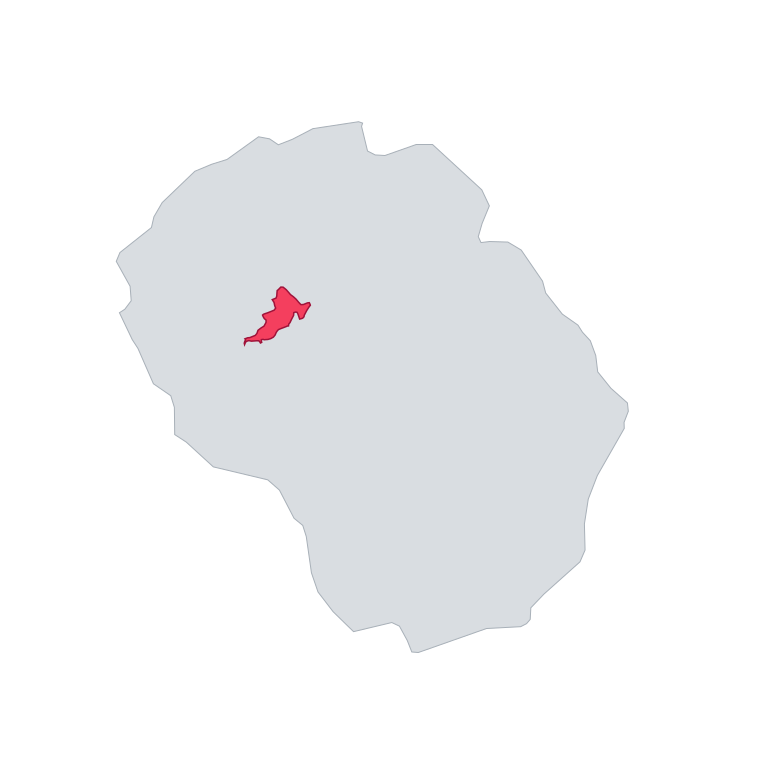 location of Kruševo within North Macedonia, rotated 68°
{"feature_id": "MKD-2942", "entity_name": "Kruševo", "entity_type": "Statistical Region", "adm_level": 1, "iso_a3": "MKD", "parent_name": "North Macedonia", "parent_adm1": "", "projection": "orthographic", "projection_center": [21.26, 41.341], "detail": "fine", "context": "in_parent", "style": "filled", "palette": "rose", "viewbox_px": 768, "rotation_deg": 68, "n_neighbors": 0, "source": "natural_earth", "source_scale": "10m", "svg_char_len": 2320}
<svg xmlns="http://www.w3.org/2000/svg" viewBox="0 0 768 768"><g transform="rotate(68 384 384)"><path d="M348.2,198.5L360.2,200.0L386.0,192.5L402.1,182.1L410.3,180.6L421.2,176.5L436.9,177.0L452.8,181.3L473.0,175.2L492.8,165.4L500.8,167.7L509.5,175.8L515.2,177.9L548.8,220.5L567.2,237.7L588.8,250.6L613.3,259.8L622.3,268.9L638.7,314.4L646.5,331.7L657.0,336.6L659.6,341.6L660.2,348.2L649.1,380.6L645.8,452.8L642.9,458.6L630.6,458.5L614.3,460.4L608.1,466.1L602.2,505.0L576.0,516.5L552.1,523.1L531.9,522.0L496.3,513.2L484.7,512.3L474.8,517.7L443.2,520.7L429.3,527.7L396.9,573.3L363.8,589.1L352.5,597.0L327.1,587.1L315.0,586.1L297.4,597.7L258.9,598.8L248.5,600.8L218.8,602.6L217.6,596.3L212.1,587.2L198.3,582.8L170.0,586.3L163.2,579.6L151.8,541.0L142.8,534.7L132.7,521.7L115.9,479.7L115.7,461.4L117.0,445.4L107.8,407.7L113.8,398.3L122.6,392.4L122.8,377.3L120.6,354.3L131.3,309.3L134.1,306.1L136.7,308.3L161.8,312.0L168.3,306.4L172.5,297.5L174.0,264.5L180.1,249.3L240.6,220.6L258.3,219.6L271.9,232.9L282.7,241.4L289.2,241.1L291.5,232.6L298.8,216.0L311.2,206.6L347.9,198.5L348.2,198.5Z" fill="#d9dde1" stroke="#a8b0b8" stroke-width="1"/><path d="M282.5,422.7L283.4,422.8L284.5,424.7L287.0,428.2L290.4,432.2L291.7,433.0L292.5,434.7L292.5,435.7L292.2,437.9L289.1,437.7L287.1,437.6L285.0,437.7L284.2,438.9L284.0,440.9L286.5,442.1L289.4,445.5L291.9,448.2L292.7,449.8L294.4,450.8L294.1,451.5L294.1,454.5L294.0,458.8L294.0,461.5L295.1,463.6L295.9,464.7L297.8,466.6L299.1,469.0L299.5,472.0L299.2,475.0L298.6,476.8L298.1,478.5L297.3,479.4L296.9,481.1L298.1,481.6L299.6,481.8L299.7,483.2L298.7,483.3L297.0,483.9L296.2,485.9L294.6,490.9L293.1,493.1L292.9,495.8L294.0,497.3L295.2,498.5L293.8,498.3L292.4,497.2L291.0,495.7L290.0,496.0L290.1,493.0L290.7,491.1L290.7,487.6L290.7,485.1L289.5,482.9L287.0,480.7L286.0,477.1L285.4,473.6L282.7,470.3L280.6,469.4L278.5,470.5L276.3,470.8L274.6,470.8L274.2,469.7L274.2,468.1L274.4,465.3L274.4,461.5L274.4,458.2L273.0,456.0L270.5,456.0L267.2,455.4L263.9,456.0L263.9,454.1L263.9,451.9L262.3,450.5L258.8,448.8L257.3,448.0L257.0,446.8L255.5,443.4L256.0,442.2L256.4,441.3L258.1,440.3L260.0,439.3L263.4,438.1L266.1,437.2L269.2,435.3L269.4,435.2L272.3,433.8L276.3,432.5L279.3,431.3L280.1,429.0L280.1,426.4L280.1,424.7L280.6,422.8L282.5,422.7Z" fill="#f43f5e" stroke="#9f1239" stroke-width="1.5"/></g></svg>